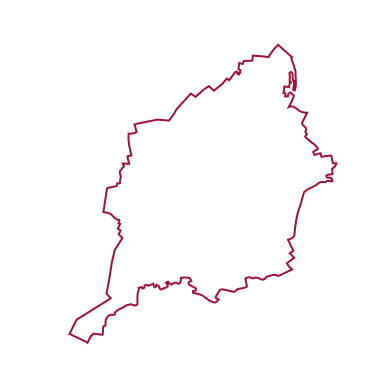 Nam Tu Liem, Ha Noi, Vietnam, rotated 259°
{"feature_id": "81297802B23821385944469", "entity_name": "Nam Tu Liem", "entity_type": "district", "adm_level": 2, "iso_a3": "VNM", "parent_name": "Vietnam", "parent_adm1": "Ha Noi", "projection": "albers", "projection_center": [105.76, 21.018], "detail": "fine", "context": "isolated", "style": "outline", "palette": "rose", "viewbox_px": 384, "rotation_deg": 259, "n_neighbors": 0, "source": "geoboundaries", "source_scale": "gbopen_adm2", "svg_char_len": 5849}
<svg xmlns="http://www.w3.org/2000/svg" viewBox="0 0 384 384"><g transform="rotate(259 192 192)"><path d="M76.0,44.8L76.0,45.0L74.0,47.4L71.8,50.5L71.1,51.4L70.1,52.7L69.3,53.8L68.3,55.2L65.5,59.0L63.9,60.6L70.2,65.4L70.1,66.5L71.7,67.9L71.5,69.0L68.9,77.0L70.0,77.4L74.2,78.5L75.2,78.7L76.8,79.2L77.2,80.2L77.5,81.7L77.9,81.8L80.2,82.1L82.9,82.9L85.8,85.5L86.7,87.0L87.0,88.2L86.9,89.1L86.4,90.9L86.5,92.5L87.0,93.1L88.6,93.4L89.8,95.8L90.8,97.8L91.4,101.0L92.2,103.5L93.3,105.9L93.4,108.6L93.5,109.1L93.3,111.2L92.4,112.4L91.5,114.0L91.7,116.2L92.4,117.0L94.5,117.5L97.8,118.1L101.0,118.8L103.7,119.7L106.3,121.2L108.0,121.3L108.3,124.3L106.7,124.9L107.2,126.8L107.2,127.1L107.4,127.1L109.3,127.5L109.6,129.8L108.9,130.6L108.3,131.4L108.2,131.5L108.8,134.0L109.1,135.4L109.2,135.6L109.4,136.4L107.8,136.6L106.4,136.8L105.6,137.0L106.0,138.7L107.7,139.1L107.9,139.4L107.8,139.7L107.2,140.2L106.6,141.1L104.8,141.8L103.2,142.0L102.8,142.2L102.3,142.9L102.1,143.4L102.4,144.3L102.4,145.0L103.0,145.8L103.1,146.7L103.0,147.6L103.2,148.3L103.8,149.7L104.3,150.2L105.1,150.4L107.9,149.2L108.6,151.3L108.2,151.7L106.7,151.6L106.7,151.8L106.3,153.1L105.1,153.9L105.5,155.2L106.2,157.8L106.1,158.8L106.0,159.4L104.6,160.8L104.4,161.5L104.6,162.3L105.5,163.1L108.7,164.7L109.8,164.8L109.7,165.7L109.6,167.9L109.2,169.8L108.4,172.1L108.4,172.3L108.0,173.1L106.7,173.9L104.8,174.3L104.5,172.1L104.2,171.6L103.3,171.3L102.4,171.3L101.4,171.6L100.4,172.8L97.2,176.9L96.7,177.3L95.9,177.5L94.5,176.7L94.6,174.6L94.7,174.2L93.9,173.8L92.7,173.9L92.1,175.5L90.4,179.5L88.4,182.5L82.9,187.6L81.1,189.7L79.9,191.4L79.2,193.2L79.4,194.8L80.5,196.7L81.6,197.7L82.1,197.3L82.8,195.6L83.8,195.1L84.8,195.5L85.8,196.3L90.8,201.0L90.6,203.5L86.6,212.8L86.3,213.6L85.9,214.4L88.0,218.5L88.0,226.0L88.7,227.9L96.9,227.9L97.2,229.0L97.5,230.7L97.4,231.8L97.2,232.8L96.2,233.9L95.7,234.8L95.6,235.5L95.7,236.3L96.0,237.8L95.1,240.5L93.3,242.8L92.4,244.6L92.7,246.6L94.5,249.1L95.2,256.2L94.4,259.0L93.1,260.5L93.8,263.6L95.9,271.7L96.9,275.5L100.5,272.8L104.0,271.6L108.0,279.8L113.2,276.3L115.0,280.3L116.8,279.8L121.5,278.5L125.2,277.6L126.7,277.1L126.9,277.9L127.4,280.4L128.4,282.7L128.7,283.3L129.5,283.9L131.1,284.6L132.5,285.0L133.3,285.2L137.7,286.5L145.2,289.2L151.5,291.9L158.8,296.1L164.9,299.1L168.8,301.1L170.4,302.0L172.6,306.3L174.0,311.7L174.9,314.7L176.2,317.2L177.0,318.9L177.1,320.5L176.8,322.7L176.2,324.5L176.2,325.0L176.6,325.6L177.2,327.1L176.9,328.4L176.3,330.2L175.7,331.2L175.7,331.7L175.9,331.9L176.7,332.1L178.2,331.7L179.4,330.9L179.9,329.6L180.2,327.8L180.6,327.2L181.1,327.0L182.5,327.0L183.0,329.3L182.9,331.0L182.7,333.1L182.9,333.5L188.0,333.9L189.7,336.9L191.8,338.8L192.6,339.2L193.4,335.7L200.8,335.7L201.4,334.8L201.7,331.1L201.8,326.1L202.0,325.7L205.5,325.6L205.6,324.6L205.3,322.6L205.2,321.4L205.1,320.5L205.0,319.4L205.2,319.2L208.1,318.6L208.3,318.8L208.8,319.9L209.1,320.7L209.8,322.9L210.2,323.9L213.7,322.3L216.0,320.7L217.5,319.1L224.0,313.9L225.0,313.7L226.8,315.8L228.8,314.8L229.7,314.8L231.4,316.0L233.5,315.8L236.7,313.5L237.7,313.3L238.6,313.2L239.7,313.9L247.8,320.1L248.0,319.4L248.7,317.1L249.6,315.0L250.4,313.9L251.6,312.5L253.7,310.7L255.4,309.0L256.4,307.6L257.0,306.1L257.2,304.6L257.0,303.2L260.7,306.2L263.8,308.5L266.1,309.9L267.4,310.4L270.2,308.0L270.9,307.4L270.9,306.8L269.8,305.4L267.6,304.4L267.6,304.1L268.0,301.7L271.0,302.6L271.4,301.4L271.7,300.7L273.5,301.4L278.0,302.9L276.4,307.2L277.5,307.6L280.3,308.8L280.4,309.8L281.2,310.0L281.7,309.0L285.5,309.7L286.3,310.2L287.6,310.1L289.6,310.3L290.2,310.3L290.6,310.8L291.0,311.7L290.7,312.3L290.2,312.9L289.6,313.1L287.5,313.0L284.0,312.5L282.0,312.5L281.6,313.3L279.3,312.8L277.4,312.5L275.8,311.9L273.0,310.8L272.6,311.4L272.3,311.8L272.2,312.4L273.6,313.0L275.2,313.7L275.3,313.7L277.3,314.4L279.5,314.9L281.0,315.1L281.6,315.2L287.8,316.0L290.1,316.6L290.6,316.6L292.5,316.5L299.1,315.7L301.5,315.4L304.4,315.0L305.2,315.9L306.4,315.0L320.1,304.6L319.4,303.6L318.6,302.4L316.9,300.1L316.5,299.7L316.3,299.3L315.8,298.8L315.6,298.5L314.1,297.0L313.5,296.3L313.1,295.9L312.4,295.2L312.1,294.8L311.9,294.5L311.5,294.1L309.7,292.8L310.1,291.6L311.0,289.4L311.1,289.2L312.2,285.2L313.1,282.0L313.2,281.6L313.4,280.8L313.6,280.2L313.7,279.5L313.9,279.0L314.2,277.8L309.4,276.2L309.5,275.7L309.6,275.1L309.7,273.9L310.2,271.3L310.8,268.0L308.0,266.1L309.6,263.0L303.5,261.0L302.5,262.8L299.9,262.0L300.2,261.1L298.5,260.5L299.6,259.0L300.3,259.4L300.9,259.3L301.5,258.7L301.7,258.1L301.2,256.9L300.7,256.4L300.0,255.7L295.5,250.9L294.6,249.6L296.7,247.9L294.7,245.3L292.5,242.5L287.3,232.9L291.6,229.6L292.7,228.8L290.4,223.1L284.7,213.7L288.8,209.6L288.4,209.1L287.4,207.7L284.5,203.8L283.0,201.8L281.5,199.8L281.0,199.0L278.5,195.7L277.5,194.4L276.3,192.8L270.2,187.3L269.8,186.7L266.5,182.9L269.6,172.0L269.6,159.9L269.6,158.2L269.5,155.0L269.5,153.2L269.7,152.6L269.4,149.8L269.3,148.4L266.9,148.7L261.3,149.0L260.7,145.0L261.4,140.9L256.2,139.8L254.7,139.6L253.3,139.5L250.0,139.2L244.9,139.4L243.6,139.3L241.8,139.5L239.6,139.5L239.6,139.2L239.2,135.4L238.5,135.4L236.7,135.4L234.9,135.6L231.7,135.7L233.2,129.5L231.8,129.7L230.0,130.1L228.6,127.8L226.0,125.2L224.9,124.8L223.9,124.8L222.5,125.0L222.0,125.0L221.3,125.2L220.8,125.1L216.9,123.6L214.7,123.0L214.4,122.8L214.3,122.6L214.4,122.2L214.8,120.5L214.8,120.2L214.6,120.1L212.2,119.2L212.1,111.0L211.8,109.5L211.6,109.2L189.2,101.2L187.9,104.7L186.8,106.7L185.5,108.3L183.7,109.5L181.0,111.4L179.8,112.5L179.0,113.7L178.6,114.6L178.4,115.3L176.4,114.8L175.3,113.9L174.4,115.4L170.2,112.2L167.7,114.6L164.6,112.0L160.1,114.9L151.4,106.6L149.4,104.9L137.8,99.7L132.7,97.9L123.2,94.5L117.9,92.4L113.8,90.8L108.8,88.7L103.1,91.8L99.3,82.1L98.4,79.6L97.5,77.3L95.7,72.5L94.5,69.6L93.8,67.7L91.7,62.3L88.9,55.0L88.7,54.4L81.9,49.1L76.0,44.8Z" fill="none" stroke="#9f1239" stroke-width="2"/></g></svg>